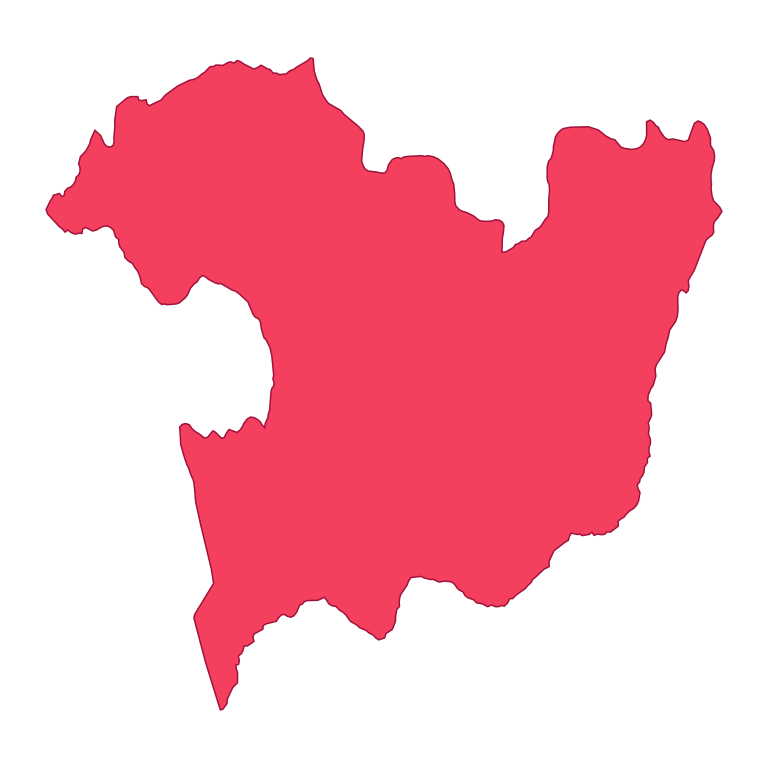 the district of Sirisia, Western, Kenya
{"feature_id": "3690345B98600192059761", "entity_name": "Sirisia", "entity_type": "district", "adm_level": 2, "iso_a3": "KEN", "parent_name": "Kenya", "parent_adm1": "Western", "projection": "equal_earth", "projection_center": [34.469, 0.737], "detail": "fine", "context": "isolated", "style": "filled", "palette": "rose", "viewbox_px": 768, "rotation_deg": 0, "n_neighbors": 0, "source": "geoboundaries", "source_scale": "gbopen_adm2", "svg_char_len": 6042}
<svg xmlns="http://www.w3.org/2000/svg" viewBox="0 0 768 768"><path d="M487.8,606.7L491.4,605.0L495.9,606.8L499.1,606.5L501.6,605.5L504.2,606.2L507.6,603.0L509.7,598.7L512.7,598.6L516.0,595.1L525.3,588.6L527.9,585.4L530.9,582.8L532.6,579.5L535.4,577.3L543.8,569.3L549.2,566.6L549.0,561.6L554.0,550.7L564.9,542.3L568.3,540.4L569.6,535.9L571.3,533.1L577.3,534.5L579.8,534.1L582.0,535.6L589.4,534.4L591.9,532.2L594.1,535.4L597.6,534.0L601.2,534.7L604.7,534.3L607.0,531.9L610.7,532.0L618.4,526.0L618.0,521.4L621.0,518.8L624.3,516.9L626.6,513.8L629.4,511.1L633.8,508.3L636.6,505.2L638.6,500.9L640.0,492.6L638.1,488.7L637.2,484.9L639.7,481.9L640.1,478.6L642.4,475.9L643.9,472.5L644.4,467.1L647.4,462.6L647.4,458.2L650.1,456.1L648.9,451.5L649.1,447.3L650.5,443.6L650.3,438.8L648.4,434.2L649.0,430.2L649.1,426.7L648.2,422.9L650.4,418.5L651.7,414.7L650.6,403.1L647.9,400.6L648.1,395.5L650.5,389.4L653.1,385.5L655.8,376.4L655.1,368.6L656.6,364.4L664.6,352.0L666.0,344.1L668.0,338.0L669.7,330.0L675.7,321.2L677.4,316.2L678.0,309.7L677.7,296.8L678.8,292.9L681.1,289.9L683.9,291.0L686.2,292.9L688.2,290.6L689.0,286.1L688.2,281.5L689.9,277.6L694.4,270.0L705.8,240.6L708.3,237.9L712.0,235.2L713.7,232.2L713.4,225.7L714.3,221.8L717.7,218.0L721.9,211.5L719.8,207.3L713.4,200.5L711.9,195.2L711.0,187.7L711.5,184.3L711.0,180.2L711.0,174.7L711.9,169.0L714.3,160.5L714.6,156.5L713.9,151.2L710.5,145.2L710.5,137.9L707.2,129.1L704.2,124.5L701.6,122.5L698.1,120.9L694.4,123.3L688.3,140.0L684.8,141.6L672.7,138.9L668.2,139.7L664.6,137.5L660.3,131.5L658.3,127.2L655.8,125.6L653.5,122.4L650.2,120.1L646.6,121.7L646.6,135.9L645.0,140.9L643.3,143.8L641.4,146.1L638.7,147.9L635.6,148.9L631.6,149.4L625.0,148.5L620.9,147.1L614.8,139.7L611.2,138.9L605.4,135.7L598.6,130.1L588.6,126.8L570.3,127.2L563.2,128.6L560.7,130.2L557.9,133.0L555.5,136.7L553.4,146.8L553.3,150.8L552.4,154.1L551.2,158.2L548.7,161.2L547.3,166.1L547.1,177.7L547.7,181.4L549.3,185.1L549.5,190.5L548.8,199.8L548.7,212.5L547.9,216.4L545.0,219.7L540.5,226.8L535.1,230.5L531.1,237.1L528.7,238.4L526.0,241.0L521.4,241.3L518.3,243.7L515.4,244.5L513.5,247.4L505.7,251.9L501.9,252.2L502.4,237.6L503.3,233.3L504.0,225.5L502.2,222.0L499.3,220.2L495.2,219.8L492.4,220.9L489.9,221.2L483.8,221.3L480.3,220.8L477.6,219.3L473.9,216.1L467.4,212.8L461.7,211.0L459.1,209.5L455.7,205.7L454.8,201.6L454.7,193.7L453.7,184.0L452.2,180.6L450.0,172.6L448.0,168.5L444.0,163.7L438.4,159.1L433.1,156.7L427.9,155.7L424.4,156.4L421.7,155.7L407.5,156.4L403.6,157.1L401.0,158.6L398.1,157.6L395.5,158.0L392.2,159.6L388.4,165.0L387.2,169.9L384.8,173.0L380.6,173.0L376.5,172.0L368.0,171.0L364.9,168.8L362.8,165.0L361.6,160.5L362.6,149.7L364.2,139.1L364.1,134.0L362.8,130.9L358.1,126.1L344.3,114.6L340.6,110.4L328.5,103.4L326.5,100.9L322.3,94.4L319.1,84.0L317.1,80.3L315.6,75.9L314.2,70.9L313.1,58.5L310.3,58.1L307.4,60.8L296.2,67.4L294.0,69.3L291.4,70.1L288.6,71.7L286.3,73.9L279.4,74.6L276.7,73.2L272.9,73.0L270.3,69.6L267.5,68.8L261.0,65.2L258.0,67.3L253.9,69.1L244.0,64.1L240.2,61.5L237.0,60.5L233.9,63.1L231.0,61.9L228.5,62.2L222.9,65.4L216.0,65.0L213.6,66.4L210.1,66.7L204.8,72.1L201.3,74.4L197.9,77.5L193.7,79.4L189.1,80.4L177.5,86.1L165.4,95.0L160.9,100.2L149.2,105.7L147.0,104.0L146.2,99.8L141.8,100.6L138.8,100.0L137.8,96.6L130.9,96.6L127.2,97.8L116.7,106.6L114.7,120.5L114.9,126.4L113.9,137.5L114.1,141.8L113.1,145.5L110.2,147.1L106.9,146.4L104.3,143.8L100.7,135.6L94.9,130.3L90.8,139.2L89.6,144.1L87.6,147.7L85.9,150.8L80.4,156.7L78.6,163.9L80.0,167.4L80.0,171.3L78.8,174.9L76.3,177.0L75.3,181.2L73.3,184.6L70.7,187.1L67.8,188.1L64.7,191.4L64.2,195.3L61.8,196.6L59.6,193.5L53.4,195.2L52.1,198.3L50.1,201.2L46.1,209.5L47.7,214.1L59.2,226.5L62.6,229.2L65.1,232.1L67.8,230.0L71.1,232.6L75.0,234.1L78.7,233.3L81.9,233.4L82.6,229.2L85.5,227.4L92.7,231.0L96.3,230.1L101.8,226.9L104.2,226.1L107.5,226.0L111.1,227.8L113.5,230.3L115.6,236.9L118.8,239.5L118.8,243.4L120.0,247.1L122.6,250.2L124.2,252.9L124.7,257.2L128.3,261.0L132.4,263.4L135.0,267.8L137.4,270.8L139.2,274.5L140.5,278.7L141.5,283.6L144.5,286.4L148.6,288.4L158.3,301.7L161.5,304.4L164.2,304.0L167.5,304.7L176.4,303.9L179.4,302.8L185.0,298.0L187.4,295.1L190.5,288.1L194.1,283.9L197.2,281.8L199.4,278.1L202.3,275.6L205.6,276.9L208.5,279.4L215.0,282.8L217.9,283.8L220.9,283.6L232.2,290.1L235.5,291.2L239.1,293.7L247.9,301.9L253.0,314.2L255.2,317.1L258.6,318.9L260.3,321.7L261.5,329.4L264.0,337.7L266.3,340.2L270.1,347.9L271.8,355.7L273.7,375.2L272.9,378.9L273.9,382.2L273.9,385.6L271.7,388.7L271.0,391.9L269.6,410.1L268.3,414.1L268.0,417.4L265.2,423.6L264.7,427.6L262.1,424.9L260.6,422.3L258.0,419.8L254.2,417.6L250.5,417.1L247.3,418.9L244.2,422.8L242.0,427.3L240.2,429.9L237.1,432.4L229.0,429.5L226.1,433.5L224.4,437.5L221.5,438.2L215.3,432.1L212.9,430.8L207.7,437.2L204.6,438.1L198.8,433.6L194.8,431.2L191.8,428.4L189.5,424.9L185.7,423.5L182.3,424.4L179.7,426.9L180.8,444.7L183.6,454.8L186.7,464.3L188.4,467.5L191.3,475.9L193.1,479.4L193.9,482.9L194.8,490.9L195.6,501.6L200.6,524.4L211.3,568.8L213.6,583.4L194.7,614.4L193.9,618.0L205.5,662.1L220.3,709.9L222.7,709.4L227.0,703.6L227.3,699.1L232.7,687.6L237.5,682.7L237.6,672.7L236.4,669.2L235.8,665.3L238.6,664.3L239.3,660.8L238.4,656.0L241.5,653.5L243.1,650.2L244.1,645.9L247.5,645.9L254.0,641.4L253.0,637.4L254.0,634.0L262.9,629.2L263.2,625.7L265.6,624.0L276.3,621.3L278.5,617.9L281.3,614.9L284.2,614.4L287.4,616.3L290.9,617.2L294.1,615.6L296.6,612.3L299.8,604.9L302.2,604.2L304.2,601.8L306.9,600.6L317.8,600.3L324.4,597.4L326.7,600.3L328.8,603.9L332.5,606.0L335.6,606.2L339.9,610.5L342.8,612.1L345.7,614.8L350.6,621.5L357.0,625.1L359.5,627.6L366.0,630.4L369.1,633.0L373.1,635.0L376.1,638.2L378.7,639.9L384.5,638.0L386.0,633.5L392.2,629.5L395.4,621.7L395.7,615.7L396.8,609.6L399.5,606.4L399.2,601.9L399.7,597.8L400.7,594.5L407.1,585.1L408.7,580.8L411.1,577.5L421.2,576.4L424.1,578.0L430.6,579.5L433.5,579.4L438.7,582.0L445.3,581.1L451.7,581.9L454.9,584.7L457.1,588.1L459.5,590.2L462.9,591.8L465.1,595.6L467.6,597.6L473.8,599.9L476.7,602.9L482.2,603.8L487.8,606.7Z" fill="#f43f5e" stroke="#9f1239" stroke-width="1.5"/></svg>